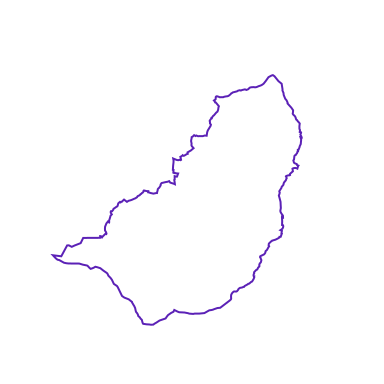 outline of Prundu Bargaului, Bistrita-Nasaud, Romania, rotated 205°
{"feature_id": "2599482B22681076252841", "entity_name": "Prundu Bargaului", "entity_type": "district", "adm_level": 2, "iso_a3": "ROU", "parent_name": "Romania", "parent_adm1": "Bistrita-Nasaud", "projection": "natural_earth1", "projection_center": [24.734, 47.226], "detail": "fine", "context": "isolated", "style": "outline", "palette": "violet", "viewbox_px": 384, "rotation_deg": 205, "n_neighbors": 0, "source": "geoboundaries", "source_scale": "gbopen_adm2", "svg_char_len": 6037}
<svg xmlns="http://www.w3.org/2000/svg" viewBox="0 0 384 384"><g transform="rotate(205 192 192)"><path d="M168.1,332.1L169.2,331.1L171.2,328.4L172.1,323.6L172.9,320.3L174.1,318.3L175.1,317.2L176.3,316.1L177.8,314.4L179.1,313.5L180.3,313.2L182.7,311.9L183.8,310.9L184.5,308.9L185.8,307.5L187.4,307.4L189.7,305.6L190.6,304.6L191.6,304.5L193.1,303.3L193.8,302.2L197.1,299.5L197.5,298.7L198.1,298.0L198.4,296.8L199.5,294.6L200.3,293.8L201.6,293.0L203.1,291.9L203.8,291.1L206.0,290.1L206.8,289.6L207.9,289.6L209.3,289.4L209.9,289.3L210.3,289.0L210.5,288.7L210.6,288.2L210.5,287.8L210.3,287.6L210.2,287.0L209.8,286.1L210.0,285.5L210.8,284.2L210.6,284.1L209.9,284.0L209.6,283.6L208.9,283.0L208.4,283.2L206.8,282.5L203.9,281.1L203.7,279.6L203.1,277.8L202.9,275.6L203.6,274.2L204.5,270.8L205.0,269.9L205.3,268.5L205.2,267.3L205.7,267.2L205.6,266.7L206.1,264.2L205.9,263.7L205.2,263.0L205.0,262.3L204.7,261.8L203.3,261.0L203.1,259.7L203.7,254.4L203.5,252.6L202.5,249.2L204.3,248.6L205.8,247.2L207.1,246.6L208.7,245.9L210.1,245.1L212.0,245.0L212.5,244.2L214.1,244.4L214.7,242.7L215.5,241.6L215.0,240.3L214.7,238.8L214.3,237.7L212.9,235.8L212.3,234.2L211.6,233.5L209.1,232.4L210.6,229.1L212.8,226.0L212.0,224.8L212.7,224.2L214.3,221.8L214.8,221.3L215.0,221.2L216.0,221.4L216.1,220.9L217.4,218.9L216.9,218.5L216.6,218.0L215.5,216.5L215.8,216.0L217.0,215.9L217.9,215.0L219.3,214.6L223.2,214.4L222.0,212.7L221.3,211.1L220.2,207.8L218.7,204.0L218.1,204.2L217.1,201.7L216.0,202.0L215.9,201.7L212.4,202.9L212.1,199.6L212.7,199.3L214.4,199.0L213.5,197.0L213.0,196.1L213.2,195.4L212.1,193.9L210.8,191.8L211.9,191.8L215.7,191.3L217.3,192.2L218.3,191.1L220.0,189.9L223.3,187.3L223.5,186.7L223.6,185.5L223.2,184.7L223.5,182.1L224.0,181.0L224.2,180.1L223.8,178.8L223.6,177.4L223.3,176.3L223.6,176.2L226.3,174.2L229.5,173.5L230.5,173.5L231.6,173.2L232.0,174.3L233.6,173.6L236.2,173.1L236.4,172.5L236.1,172.2L236.4,170.6L237.0,169.8L237.2,168.9L237.7,168.3L238.1,166.9L239.3,165.5L239.6,164.9L239.6,164.1L239.9,163.5L240.3,163.0L240.6,162.4L241.3,161.7L243.2,159.5L244.0,158.7L245.8,157.2L246.8,155.6L250.4,156.4L251.1,154.7L251.2,153.9L251.9,153.3L252.3,152.4L253.1,152.6L253.4,152.0L254.0,150.6L253.9,149.6L253.7,148.9L253.6,147.5L254.3,146.5L255.5,144.4L256.0,143.7L255.9,142.5L256.3,140.8L257.3,140.4L257.3,139.6L256.8,138.8L255.2,137.8L255.8,136.2L255.3,133.1L255.2,132.1L255.0,130.8L254.3,129.8L254.3,129.4L255.7,129.8L255.9,129.0L256.3,127.3L256.1,123.8L255.5,122.2L254.6,120.4L252.7,119.1L252.6,118.7L251.9,118.1L251.9,117.7L252.6,117.7L252.8,117.5L254.2,113.8L254.4,112.8L256.0,113.5L256.6,113.2L256.2,112.5L256.0,111.6L271.2,104.4L271.3,98.6L275.8,93.9L277.8,91.5L281.1,91.6L282.6,90.8L283.3,78.5L291.3,75.9L288.9,74.9L287.3,74.3L285.3,73.8L283.6,74.2L278.1,73.8L275.9,74.3L274.1,74.9L270.2,76.6L268.1,77.6L263.9,79.5L260.3,80.0L256.1,81.0L255.5,81.0L252.8,79.9L251.4,79.5L250.4,80.4L249.1,81.8L248.0,83.4L246.0,83.8L242.9,84.2L239.1,83.3L235.5,82.7L234.3,82.4L232.4,80.8L229.5,79.7L227.5,78.6L224.0,75.7L220.3,75.1L219.1,74.4L211.5,68.2L208.7,67.7L204.0,68.0L199.9,67.0L199.7,66.6L197.1,64.8L196.4,64.4L194.5,62.8L192.7,60.4L191.9,59.6L190.4,58.9L189.2,58.0L188.3,56.9L186.3,56.3L185.1,55.5L183.5,55.0L181.7,52.8L181.3,52.5L181.1,52.2L180.5,51.9L179.2,52.3L177.2,52.9L174.7,53.9L173.0,54.4L171.0,55.5L170.4,56.7L169.0,58.7L167.1,61.8L162.5,66.2L162.1,68.6L161.7,70.3L159.8,73.6L158.2,75.6L158.2,77.6L154.6,77.5L152.8,77.6L147.9,79.6L144.3,80.5L143.1,80.6L139.4,82.0L138.2,82.9L133.8,85.0L129.6,87.5L126.3,92.1L124.4,93.3L123.2,94.3L122.5,95.1L119.9,97.6L117.5,99.0L111.9,109.7L111.4,111.0L111.4,111.8L112.4,113.7L113.0,115.2L113.0,116.6L112.8,117.7L112.4,118.8L111.9,119.6L109.8,120.5L109.3,121.1L108.9,122.5L108.9,123.5L108.7,124.2L108.0,125.4L106.4,126.5L105.9,127.0L105.4,127.6L104.7,128.1L104.6,129.0L102.4,132.0L102.3,132.5L101.4,133.2L100.5,135.3L99.9,136.0L99.7,136.4L99.4,139.0L99.5,140.9L99.8,141.1L100.0,141.3L100.0,141.8L100.4,141.7L101.1,142.6L101.3,143.7L101.3,144.7L101.7,145.2L101.8,145.7L100.8,148.6L100.3,149.1L100.1,149.4L100.1,150.1L100.1,151.4L99.9,152.0L99.5,153.0L99.8,153.8L100.2,154.2L100.4,155.9L100.0,156.9L99.9,157.6L100.2,159.0L100.3,159.5L100.8,160.1L101.4,160.5L102.0,161.3L102.7,161.6L102.9,162.0L103.0,162.5L102.7,163.0L100.4,165.8L100.0,167.0L99.9,167.9L100.3,169.4L100.2,169.8L99.6,171.1L99.5,172.3L99.4,174.3L99.1,175.4L99.3,175.6L100.0,176.0L100.5,177.6L100.3,178.4L99.9,179.3L99.6,180.3L99.0,181.2L98.9,181.7L96.2,184.1L94.6,186.1L93.6,187.6L93.8,188.3L92.7,188.9L93.0,192.2L93.4,192.2L94.1,194.8L95.7,194.8L95.2,195.6L94.5,197.0L94.5,197.3L94.5,198.1L94.6,198.8L94.8,199.5L95.4,200.3L96.4,200.1L98.0,203.8L99.9,207.3L100.0,207.6L99.7,207.6L99.4,207.1L99.1,206.9L98.6,207.1L99.2,208.3L99.6,209.0L101.9,210.3L103.4,211.4L104.0,212.3L104.7,215.0L106.3,218.0L107.6,220.5L109.9,223.3L111.8,225.5L111.9,227.0L112.2,228.5L113.0,229.2L113.2,229.7L112.7,233.4L112.9,234.8L112.4,236.2L112.2,237.3L112.5,238.3L112.6,238.8L112.6,239.2L112.4,239.9L112.5,240.5L112.1,241.3L111.9,242.4L112.1,244.1L112.0,244.5L112.5,245.1L113.5,245.9L113.3,246.4L111.9,247.7L110.6,248.4L110.3,248.8L110.8,249.5L110.8,250.0L109.3,253.4L110.8,255.6L110.2,256.4L108.7,257.4L107.4,257.7L106.4,257.7L106.5,258.3L106.6,259.2L106.8,259.9L106.7,260.9L108.1,260.8L108.9,261.6L109.8,261.5L111.1,261.5L112.0,261.7L113.5,263.5L113.3,264.6L114.4,267.9L114.2,268.8L113.6,269.4L113.6,270.1L113.2,271.6L113.5,273.4L113.1,273.7L113.9,275.0L113.3,275.4L113.5,278.3L113.7,278.8L113.7,281.4L115.2,285.6L115.5,286.0L116.9,287.5L115.7,287.8L116.3,288.5L117.8,289.6L118.1,289.9L118.1,291.3L118.2,291.9L118.6,292.2L119.1,292.0L119.7,291.9L120.3,293.8L121.3,294.6L122.5,297.1L123.3,299.6L124.4,300.2L126.0,300.8L127.3,301.6L128.1,301.7L128.9,302.4L129.3,303.0L129.6,303.3L130.6,304.1L131.6,304.5L132.9,304.9L133.8,305.5L134.2,307.0L134.9,308.8L137.6,310.4L142.8,312.6L142.9,313.1L144.0,314.2L145.3,315.2L146.9,315.9L149.9,318.7L151.0,320.5L152.9,322.2L153.4,323.4L156.5,328.0L160.5,329.0L166.2,331.8L168.1,332.1Z" fill="none" stroke="#5b21b6" stroke-width="2"/></g></svg>